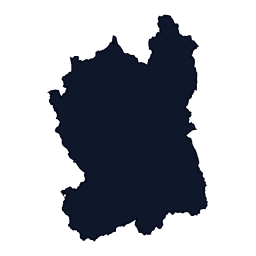 Guarne, Antioquia, Colombia
{"feature_id": "7082276B92581613564352", "entity_name": "Guarne", "entity_type": "district", "adm_level": 2, "iso_a3": "COL", "parent_name": "Colombia", "parent_adm1": "Antioquia", "projection": "robinson", "projection_center": [-75.433, 6.272], "detail": "fine", "context": "isolated", "style": "filled", "palette": "ink", "viewbox_px": 256, "rotation_deg": 0, "n_neighbors": 0, "source": "geoboundaries", "source_scale": "gbopen_adm2", "svg_char_len": 5719}
<svg xmlns="http://www.w3.org/2000/svg" viewBox="0 0 256 256"><path d="M170.5,16.7L169.0,16.0L165.2,15.4L163.7,15.8L162.1,17.1L161.2,17.2L159.5,16.6L158.8,17.7L158.5,18.9L159.0,20.1L159.2,22.1L157.9,23.8L159.2,27.0L160.3,28.1L160.0,30.4L160.4,32.5L159.5,33.2L158.2,32.7L157.4,33.2L156.5,34.9L156.4,36.5L155.7,37.1L154.0,37.8L152.7,37.3L151.8,39.3L149.8,39.6L149.0,42.5L149.4,43.4L149.1,44.0L149.1,45.1L149.6,46.7L149.7,49.0L152.1,49.5L152.0,50.7L152.6,51.5L152.7,52.7L152.2,53.9L151.1,55.1L151.3,56.4L150.5,57.2L150.5,58.2L148.7,60.1L148.8,61.1L148.1,63.0L148.6,64.1L148.1,65.0L146.1,65.0L144.7,64.0L141.2,62.7L138.5,63.4L137.8,62.3L137.0,58.7L135.3,58.0L133.4,55.6L130.3,55.6L127.7,53.8L126.1,54.2L124.0,53.6L123.0,52.6L122.4,50.9L119.6,46.5L117.9,45.0L116.9,43.2L115.6,37.3L113.5,36.2L112.9,39.6L114.4,42.0L113.6,43.8L112.6,41.3L111.8,43.0L110.7,43.7L110.4,43.3L109.6,45.1L107.3,47.9L107.3,48.3L106.5,48.3L103.6,50.7L102.6,50.5L102.4,51.0L101.3,51.1L99.5,52.0L98.3,51.2L97.4,52.8L96.6,52.2L96.1,53.0L96.4,54.3L95.8,56.9L94.5,57.8L93.4,59.4L93.0,59.0L92.0,59.5L91.2,59.1L88.3,60.6L87.2,59.9L86.2,59.9L81.9,62.2L81.4,61.9L81.2,61.1L80.5,60.7L78.5,61.0L77.6,60.5L78.2,58.8L78.0,56.9L74.8,56.7L73.2,58.5L72.0,58.6L70.8,58.0L72.1,64.5L72.1,71.3L71.4,72.3L69.2,72.8L69.1,74.0L67.0,74.7L65.0,76.6L63.2,77.0L62.3,79.1L64.1,81.6L64.0,82.8L64.6,83.8L63.6,86.3L65.0,87.1L66.6,87.0L67.3,89.2L66.4,90.3L65.9,92.6L65.1,93.2L64.9,94.0L63.6,94.0L62.3,96.3L61.0,97.2L59.2,93.9L58.4,90.8L55.5,90.3L50.7,91.2L49.1,92.2L49.7,92.3L49.7,93.4L50.9,94.7L51.7,94.2L52.0,94.7L50.4,96.4L51.3,97.9L49.6,100.1L49.8,101.6L51.3,104.3L53.3,104.0L53.6,107.1L54.6,109.3L54.7,110.6L55.0,110.7L55.5,109.6L56.2,109.9L56.4,111.8L57.4,113.7L57.8,116.6L57.3,116.9L56.8,118.4L58.2,118.8L60.4,121.2L60.6,122.0L58.9,126.7L56.6,128.1L55.6,130.5L56.1,131.6L59.2,133.0L60.1,134.2L61.0,137.2L62.0,138.1L62.2,139.2L62.9,140.1L62.3,141.7L62.7,142.5L62.5,143.6L63.8,145.6L67.0,148.0L68.3,149.5L69.8,152.8L69.5,153.6L68.6,153.9L68.6,154.6L70.3,157.5L73.8,159.7L74.6,159.6L73.9,161.7L76.7,162.5L77.4,164.3L80.4,168.5L83.2,170.9L84.7,171.7L85.3,172.6L84.7,175.2L86.1,179.4L85.7,179.5L86.4,180.7L85.7,181.4L85.1,181.1L83.8,182.3L82.3,182.7L82.8,182.9L82.0,183.9L80.9,183.4L80.9,184.0L80.1,184.9L80.9,185.5L79.2,187.1L78.4,187.0L78.0,188.0L78.3,189.0L77.5,189.5L77.1,189.2L76.1,190.4L74.6,189.0L73.7,189.3L72.0,189.0L70.6,187.5L69.9,187.3L65.8,189.4L65.5,190.2L64.2,191.1L62.7,190.6L61.4,191.7L61.9,192.5L62.3,191.9L63.5,192.7L63.2,193.0L63.7,193.5L63.1,194.0L63.5,194.8L64.2,193.3L64.9,193.3L67.2,194.7L66.5,195.8L66.9,196.7L65.2,197.2L65.1,197.6L65.9,198.1L65.3,199.1L65.8,200.3L64.4,201.0L64.4,201.4L63.8,201.8L63.8,202.7L64.4,202.8L63.3,205.2L63.4,206.4L62.5,207.8L62.7,210.2L64.0,211.1L66.0,214.0L69.0,215.5L69.0,216.1L70.0,217.1L69.8,219.4L70.6,220.3L69.9,221.8L70.5,222.6L70.1,223.7L68.9,224.5L68.8,225.8L70.2,226.1L71.1,228.2L72.3,228.5L72.8,229.5L73.8,229.7L74.4,229.0L75.6,229.7L76.4,229.3L77.7,230.5L77.9,231.4L79.5,231.8L80.7,234.6L80.5,237.1L81.1,238.3L82.8,238.6L82.7,239.6L83.1,239.9L84.3,240.0L85.5,238.5L88.0,237.3L89.3,237.8L90.9,239.2L92.6,239.3L94.5,240.6L95.3,238.9L97.2,237.8L97.0,235.7L98.0,236.8L101.2,234.8L103.4,235.2L106.6,233.2L108.0,234.6L109.7,233.2L110.6,233.3L112.7,231.5L115.2,231.1L115.3,227.7L116.1,227.4L116.7,226.6L120.7,225.3L120.9,225.8L121.3,225.4L123.5,225.4L123.8,226.0L125.8,223.9L128.9,222.9L136.5,218.4L136.5,220.7L135.8,222.2L135.4,224.6L136.6,226.6L137.5,227.4L139.4,232.2L141.8,232.1L144.3,234.7L146.2,233.7L146.3,233.4L147.9,234.1L148.7,233.8L149.3,234.1L149.8,233.5L150.4,233.6L150.3,233.0L151.7,230.2L153.6,229.8L154.6,227.2L156.6,225.7L156.6,225.2L157.8,227.3L159.2,228.3L159.9,228.3L160.7,227.8L162.6,224.7L161.9,222.0L162.3,219.6L164.8,217.5L165.4,214.3L167.0,213.9L168.2,211.9L169.5,211.7L170.5,212.1L172.4,214.1L173.8,213.3L173.7,212.7L174.6,211.5L177.9,212.2L180.5,211.8L182.9,212.7L183.5,212.0L186.9,211.2L189.2,212.1L191.3,215.1L193.3,215.3L194.6,213.9L196.7,214.7L197.0,213.4L199.3,212.8L198.8,211.6L199.3,211.4L199.3,210.4L200.2,208.9L203.6,208.2L205.0,208.5L205.6,206.6L206.2,206.4L206.8,205.2L206.5,203.7L206.9,201.8L205.7,201.0L206.0,199.4L205.8,198.0L204.7,196.1L204.7,193.9L204.0,192.1L204.7,190.2L204.0,188.4L204.6,187.5L204.5,186.5L205.9,185.5L204.8,183.6L205.1,182.5L203.4,180.8L204.0,178.7L203.7,178.4L203.0,178.6L201.9,176.0L202.3,173.2L201.4,172.9L200.2,171.0L198.9,170.8L199.1,168.4L198.2,167.6L197.5,165.7L197.2,165.7L198.6,162.6L197.4,157.3L196.5,155.7L196.7,154.5L196.1,153.9L195.9,152.2L195.3,151.7L194.8,149.7L194.0,148.9L192.1,145.3L191.5,143.3L191.5,141.1L190.6,139.7L190.7,138.9L189.6,138.3L189.1,138.6L188.6,138.2L188.3,138.5L185.4,135.2L192.1,129.7L195.5,129.1L195.1,128.8L193.5,124.5L191.7,123.8L191.2,122.9L189.8,123.9L188.7,123.8L187.7,122.7L188.2,122.2L188.1,121.2L188.7,119.8L188.0,117.7L189.0,116.7L189.7,116.7L190.7,115.4L190.4,114.9L190.7,112.5L188.9,111.9L187.6,109.7L185.2,108.3L185.7,105.6L187.1,104.7L188.0,101.8L188.1,99.8L189.5,98.0L190.6,97.8L190.9,97.3L190.4,96.4L191.2,96.3L191.0,95.4L192.0,93.8L192.5,93.8L192.2,92.9L193.5,91.9L193.6,90.1L194.9,88.7L196.1,89.5L196.2,85.1L195.8,84.3L196.6,82.6L196.3,79.5L196.6,73.1L195.5,71.8L195.5,69.6L195.0,68.1L193.8,67.6L193.5,67.1L194.3,61.9L193.7,61.5L193.7,60.7L194.2,59.7L193.2,59.1L193.2,58.2L192.4,57.1L191.4,56.7L191.0,55.6L191.3,53.9L191.9,53.8L192.5,50.6L193.0,50.5L193.1,49.9L194.0,49.3L194.7,47.9L195.9,48.4L197.2,46.1L197.6,46.1L193.8,41.4L193.5,41.8L191.2,40.2L190.5,36.2L189.2,35.9L186.4,36.9L184.9,36.5L182.8,36.9L180.7,35.0L179.7,34.9L178.6,33.4L178.1,30.4L177.4,29.0L178.1,26.0L177.6,24.6L177.0,24.2L174.8,24.3L174.1,23.7L172.1,19.2L170.9,18.4L170.5,16.7Z" fill="#0f172a" stroke="#020617" stroke-width="1.5"/></svg>